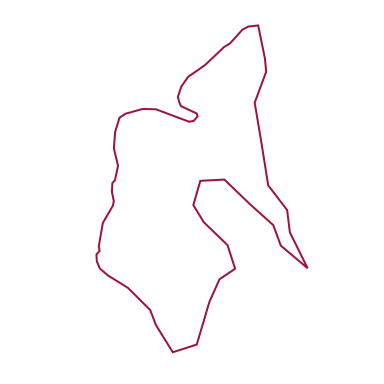 Paxtaabad, Andijon, Uzbekistan (Equal Earth projection), rotated 262°
{"feature_id": "79887680B2052385520334", "entity_name": "Paxtaabad", "entity_type": "district", "adm_level": 2, "iso_a3": "UZB", "parent_name": "Uzbekistan", "parent_adm1": "Andijon", "projection": "equal_earth", "projection_center": [72.425, 40.981], "detail": "fine", "context": "isolated", "style": "outline", "palette": "rose", "viewbox_px": 384, "rotation_deg": 262, "n_neighbors": 0, "source": "geoboundaries", "source_scale": "gbopen_adm2", "svg_char_len": 873}
<svg xmlns="http://www.w3.org/2000/svg" viewBox="0 0 384 384"><g transform="rotate(262 192 192)"><path d="M314.3,282.8L347.7,280.7L348.0,270.8L345.8,264.6L333.9,250.4L331.1,243.9L316.0,222.7L306.5,204.1L297.9,196.1L288.3,191.3L283.2,191.8L278.6,193.0L269.1,207.6L266.1,208.1L262.2,203.6L262.0,198.9L278.9,167.9L281.1,154.7L278.8,137.1L275.7,130.6L262.0,124.2L246.1,120.7L228.3,122.4L214.5,117.4L211.9,114.4L203.2,112.7L193.8,113.3L189.4,111.7L173.8,99.4L151.1,92.1L146.5,92.3L143.5,88.7L136.9,88.1L129.2,90.0L121.1,97.1L105.9,115.3L80.9,134.2L65.2,137.8L51.8,143.7L36.0,150.7L40.3,175.5L80.5,193.8L101.8,207.1L110.0,224.0L134.4,219.8L160.4,199.5L178.8,191.5L201.9,201.8L199.8,225.8L172.1,247.5L147.8,267.9L126.5,272.5L100.4,295.9L138.4,283.3L160.9,283.7L187.9,268.4L231.4,267.6L271.7,266.5L300.8,282.2L314.3,282.8Z" fill="none" stroke="#9f1239" stroke-width="2"/></g></svg>